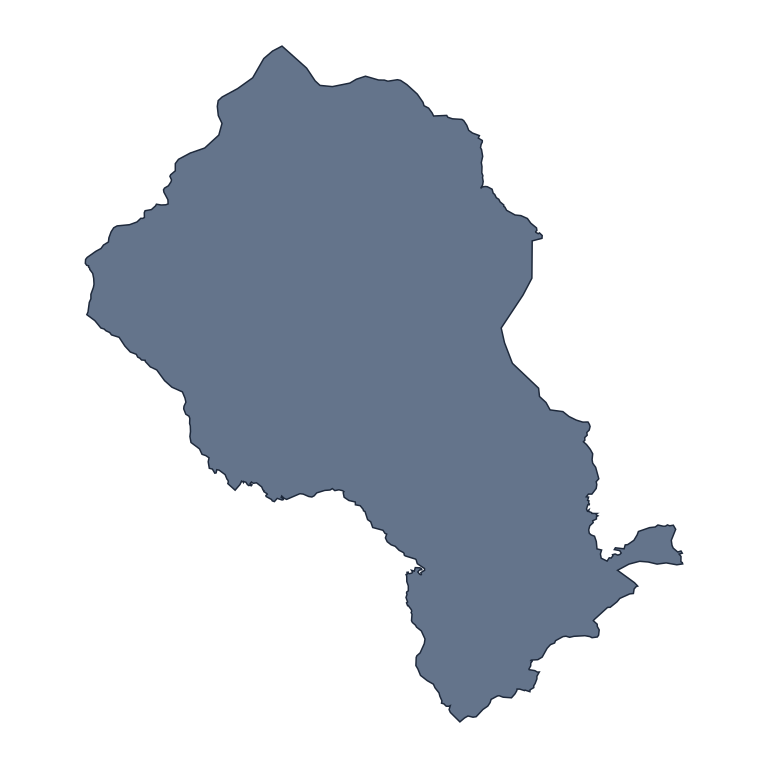 the district of Cupseni, Maramures, Romania
{"feature_id": "2599482B77802981627900", "entity_name": "Cupseni", "entity_type": "district", "adm_level": 2, "iso_a3": "ROU", "parent_name": "Romania", "parent_adm1": "Maramures", "projection": "equal_earth", "projection_center": [23.93, 47.545], "detail": "fine", "context": "isolated", "style": "filled", "palette": "slate", "viewbox_px": 768, "rotation_deg": 0, "n_neighbors": 0, "source": "geoboundaries", "source_scale": "gbopen_adm2", "svg_char_len": 6093}
<svg xmlns="http://www.w3.org/2000/svg" viewBox="0 0 768 768"><path d="M535.1,683.6L536.9,678.9L536.9,676.3L539.3,672.0L537.4,672.1L534.8,670.6L529.2,669.7L528.9,669.1L530.7,665.9L530.8,663.0L532.2,661.2L532.2,660.6L530.9,660.5L531.2,660.1L537.8,659.7L542.2,657.1L547.1,648.3L550.5,644.6L554.6,643.0L555.5,640.7L563.0,636.6L566.0,636.2L569.6,637.3L574.0,636.3L584.9,635.7L589.9,636.6L592.0,637.7L597.3,637.0L598.6,635.2L599.2,629.9L597.3,626.5L597.2,624.2L593.3,620.7L594.4,619.4L607.6,607.4L610.2,607.3L617.0,601.8L619.8,598.4L629.7,593.9L633.4,593.5L634.1,589.0L636.2,586.6L637.7,586.1L634.5,582.7L617.5,570.3L629.0,564.1L639.6,561.3L648.2,562.0L657.1,564.1L666.2,562.9L676.8,564.8L682.7,563.9L682.3,562.6L680.9,561.6L681.0,556.4L679.1,554.1L682.3,553.2L681.0,551.0L677.7,552.0L673.2,548.1L672.0,545.3L671.3,540.3L675.7,529.3L673.3,525.2L669.7,525.8L667.4,524.9L665.4,526.2L663.2,526.2L657.9,525.0L655.2,527.0L649.6,527.6L638.4,531.5L637.2,534.8L633.9,540.3L627.7,544.6L625.2,544.9L624.1,548.8L615.4,547.8L614.3,549.6L619.7,550.6L621.2,553.0L619.8,554.5L617.8,555.1L615.1,554.0L612.5,554.7L612.9,555.8L611.2,558.0L609.2,557.8L607.1,561.1L601.2,558.2L600.4,554.0L601.6,550.0L597.0,548.9L596.3,541.5L594.5,536.2L591.3,535.0L589.3,533.3L588.7,529.9L589.8,525.8L593.2,522.6L592.7,520.8L596.4,519.0L596.5,516.5L597.9,515.8L596.4,514.9L596.0,514.0L596.9,513.5L591.9,513.4L591.6,512.6L588.5,511.4L589.0,509.8L587.4,511.1L586.5,509.0L587.8,504.8L589.2,504.8L589.4,504.0L588.6,503.0L588.9,500.8L587.6,500.4L588.6,497.1L586.3,496.8L588.4,494.1L591.9,494.1L596.2,488.5L596.8,484.6L596.2,481.7L598.8,478.8L595.7,467.4L592.7,463.2L592.1,459.7L592.7,453.8L590.3,449.4L586.5,444.5L583.4,441.8L584.9,440.2L584.7,437.6L587.2,435.2L586.8,432.5L589.2,430.1L590.1,426.5L589.4,424.4L588.0,422.0L582.8,422.1L576.3,420.1L569.0,416.5L562.9,411.6L550.1,409.9L546.0,402.5L539.5,396.5L538.6,388.2L512.4,363.3L504.5,342.7L501.2,328.0L523.0,295.1L531.9,278.2L532.2,240.9L542.0,238.3L542.2,235.5L539.5,232.9L538.2,233.7L535.8,232.3L535.7,231.6L536.9,230.4L536.5,227.9L530.8,223.2L527.4,218.5L520.9,215.6L515.1,215.0L506.6,210.3L504.8,207.0L503.8,206.5L503.8,205.0L500.1,201.9L498.8,199.3L496.3,197.7L494.7,194.4L493.2,193.2L492.1,189.2L487.3,186.7L485.3,186.5L482.3,186.9L480.6,188.4L482.6,185.0L483.2,181.5L482.5,177.6L482.9,175.7L481.8,172.9L482.0,166.6L481.3,162.6L482.7,156.4L481.5,149.4L480.5,147.8L481.1,144.5L482.3,142.0L482.3,140.5L478.3,138.1L479.4,135.6L472.4,133.0L468.7,130.3L466.8,125.3L463.7,120.6L461.9,119.4L452.5,118.8L447.9,117.3L446.7,115.4L433.6,116.0L432.1,112.9L428.6,108.1L424.0,105.7L423.0,102.3L417.3,94.1L406.9,84.6L400.6,80.4L397.5,79.7L387.9,81.2L384.4,80.1L378.6,80.0L365.5,76.2L356.4,79.2L349.8,83.1L332.4,86.6L320.0,85.4L315.1,80.8L306.6,68.1L282.0,46.1L272.6,51.0L263.8,58.5L252.7,77.8L237.6,88.6L222.1,97.0L218.2,100.6L217.3,106.4L218.3,115.6L222.0,123.4L218.8,135.1L204.7,148.0L190.3,153.0L178.5,159.3L175.3,163.6L175.3,170.8L170.7,174.7L169.9,176.3L171.5,179.9L171.1,181.6L168.4,185.8L164.5,188.1L163.5,189.8L163.9,192.2L167.9,199.7L168.1,203.9L165.8,204.8L161.2,205.0L156.4,204.2L155.6,205.8L151.4,209.6L145.1,210.7L144.3,212.6L144.4,217.5L142.7,218.4L140.8,218.3L136.9,222.0L129.5,224.7L117.1,225.9L113.7,227.8L111.1,231.8L108.9,237.8L108.4,242.0L103.5,245.0L101.0,248.5L95.8,251.3L87.2,257.4L85.6,259.4L85.3,263.3L86.7,265.3L88.6,265.8L88.6,267.1L89.5,268.0L89.8,269.5L92.7,273.4L93.7,278.5L94.0,284.2L93.4,287.4L90.9,294.3L90.9,298.8L89.3,302.3L88.0,312.0L86.8,314.7L94.8,320.6L100.9,328.0L104.1,329.0L106.0,330.8L109.7,332.5L111.5,334.9L119.1,337.3L124.9,346.1L130.3,352.0L136.3,354.3L137.7,357.1L139.9,358.2L141.5,360.0L145.2,360.3L145.3,361.5L150.3,366.9L156.7,369.9L164.6,380.7L171.9,387.2L182.4,391.9L185.0,398.2L185.9,402.2L184.0,406.2L183.7,408.9L185.8,414.2L189.0,416.2L189.8,418.4L189.6,423.5L190.3,425.9L190.5,431.6L189.9,436.5L191.0,442.5L199.5,448.9L202.0,454.3L205.8,455.6L209.0,457.8L208.2,461.8L209.3,468.3L212.4,469.1L214.8,473.2L216.1,472.9L216.8,469.7L219.0,470.1L225.1,474.6L227.0,479.2L228.0,480.3L228.3,481.9L227.8,483.6L235.1,490.2L240.0,484.5L241.5,481.3L241.9,481.8L243.2,481.4L243.5,482.5L244.0,481.7L245.9,482.2L247.4,484.6L248.9,485.6L249.6,485.1L251.2,485.8L252.0,484.8L250.2,483.5L251.4,482.0L253.2,483.3L256.5,482.8L261.7,486.9L263.0,490.0L264.0,490.7L263.8,491.6L267.0,493.7L267.3,494.2L265.9,495.5L266.1,496.5L271.5,499.5L272.3,500.9L274.4,501.6L277.2,498.4L282.1,500.0L283.3,499.6L283.0,498.6L281.2,497.4L281.7,496.0L284.0,498.2L286.6,499.4L299.9,493.7L303.2,494.1L308.7,496.5L311.9,497.0L314.2,495.8L316.7,492.9L324.8,490.4L330.1,490.0L332.3,488.6L334.8,490.6L338.9,489.8L342.6,490.7L343.9,491.7L343.2,492.7L344.1,497.2L348.9,500.5L355.3,502.0L355.4,504.8L360.2,505.7L363.2,509.4L363.5,510.8L365.0,511.5L367.6,519.6L370.7,521.8L372.7,527.5L383.0,530.3L385.0,533.4L386.7,534.1L385.4,537.9L387.2,541.7L391.1,544.8L395.2,546.3L399.1,550.3L403.3,552.5L404.1,553.4L404.2,555.0L405.2,555.9L415.5,559.1L416.1,559.7L417.3,563.7L424.5,568.5L424.6,570.3L420.9,572.6L421.4,574.5L421.0,574.8L419.7,574.3L417.8,572.0L419.5,570.0L421.8,569.7L421.5,568.8L419.9,567.8L415.3,567.6L414.3,571.1L411.5,570.3L412.5,572.1L411.8,573.1L409.3,573.7L408.2,573.3L408.2,572.2L407.0,572.3L407.0,574.5L406.1,574.6L406.7,576.4L406.8,581.6L408.3,585.9L408.3,588.8L408.3,590.8L406.8,591.9L406.5,593.0L407.0,594.4L406.0,597.5L407.6,602.0L406.5,602.8L407.6,605.7L408.2,605.5L411.4,609.8L411.7,611.3L411.1,612.6L412.0,614.3L411.5,620.7L412.4,622.5L415.4,625.1L416.6,627.2L421.3,630.9L425.0,639.0L424.3,643.6L420.1,652.9L416.9,655.7L416.2,657.4L415.9,665.6L417.9,669.0L420.5,675.4L427.3,680.7L433.4,684.2L435.0,687.8L439.0,692.9L439.9,696.3L441.9,700.8L441.5,703.2L443.8,703.8L446.2,706.2L448.7,706.3L450.3,705.6L449.1,709.6L450.4,712.5L459.9,721.9L464.6,717.9L468.0,716.0L473.0,717.2L476.2,716.7L482.9,709.5L487.8,706.1L490.1,702.6L491.1,699.4L497.4,696.0L499.1,695.7L503.1,697.2L511.5,697.8L514.9,694.0L516.8,690.7L517.0,689.1L519.7,689.1L524.5,690.6L525.0,690.1L529.9,691.7L530.1,689.8L533.8,687.6L533.7,685.8L535.1,683.6Z" fill="#64748b" stroke="#1e293b" stroke-width="1.5"/></svg>